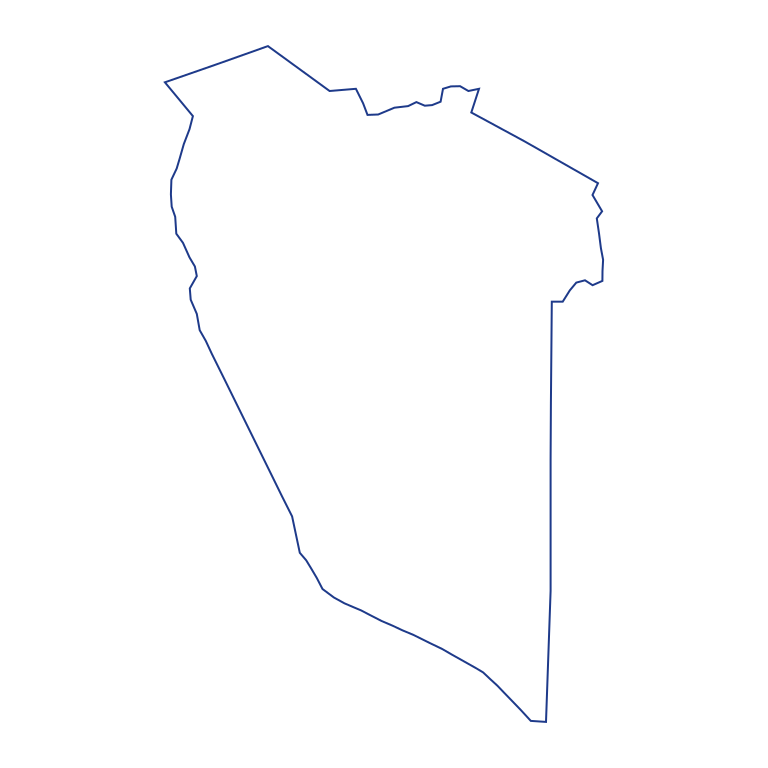 Nova Olinda, Ceará, Brazil (Equal Earth projection)
{"feature_id": "56859067B48732903430500", "entity_name": "Nova Olinda", "entity_type": "district", "adm_level": 2, "iso_a3": "BRA", "parent_name": "Brazil", "parent_adm1": "Ceará", "projection": "equal_earth", "projection_center": [-39.668, -7.106], "detail": "fine", "context": "isolated", "style": "outline", "palette": "blue", "viewbox_px": 768, "rotation_deg": 0, "n_neighbors": 0, "source": "geoboundaries", "source_scale": "gbopen_adm2", "svg_char_len": 1209}
<svg xmlns="http://www.w3.org/2000/svg" viewBox="0 0 768 768"><path d="M192.9,116.1L189.5,129.2L183.8,144.1L179.6,158.8L176.7,168.5L171.4,179.7L170.9,194.4L171.7,206.7L175.2,216.8L176.3,233.7L183.0,242.9L189.5,257.4L194.9,266.5L196.8,276.1L189.8,288.4L190.7,299.7L196.8,313.9L199.7,330.2L205.8,340.9L211.8,353.8L224.7,379.8L271.3,474.5L281.9,496.1L292.1,516.4L299.8,552.8L306.2,560.3L311.2,568.5L316.8,578.0L322.5,589.0L333.9,597.5L344.4,603.3L353.5,607.2L361.1,610.4L369.9,615.0L381.6,621.0L392.6,625.7L402.4,630.3L413.4,634.9L422.5,639.4L429.7,643.0L442.2,649.0L451.7,654.5L475.9,668.1L483.1,672.4L490.3,679.2L497.4,685.7L503.9,692.5L520.6,709.8L530.8,720.9L546.0,721.9L550.6,590.9L550.6,472.7L550.6,458.8L550.9,403.7L551.8,301.7L562.7,301.7L569.8,290.4L576.3,282.6L585.0,280.3L592.6,285.2L602.4,280.9L602.5,271.1L603.1,259.8L600.9,248.1L599.0,233.3L596.8,218.4L602.1,211.3L592.5,195.0L598.0,183.2L524.8,141.5L471.3,112.5L479.0,88.8L468.4,91.0L460.1,86.2L450.9,86.4L443.0,88.8L440.6,101.7L432.1,105.1L424.8,105.7L416.4,102.1L408.1,106.1L394.4,107.7L378.2,114.5L367.5,114.9L363.1,103.3L355.9,88.8L329.6,91.0L267.9,46.1L216.4,64.4L164.9,82.3L192.9,116.1Z" fill="none" stroke="#1e3a8a" stroke-width="2"/></svg>